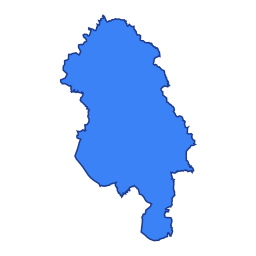 Chinicuila, Michoacán, Mexico
{"feature_id": "50627088B20699508066130", "entity_name": "Chinicuila", "entity_type": "district", "adm_level": 2, "iso_a3": "MEX", "parent_name": "Mexico", "parent_adm1": "Michoacán", "projection": "robinson", "projection_center": [-103.39, 18.747], "detail": "fine", "context": "isolated", "style": "filled", "palette": "blue", "viewbox_px": 256, "rotation_deg": 0, "n_neighbors": 0, "source": "geoboundaries", "source_scale": "gbopen_adm2", "svg_char_len": 5770}
<svg xmlns="http://www.w3.org/2000/svg" viewBox="0 0 256 256"><path d="M63.2,70.1L67.2,74.0L65.2,78.1L60.7,79.9L60.7,81.5L61.1,82.4L61.9,82.9L62.2,83.7L65.2,83.7L69.5,86.1L70.3,85.7L71.1,86.4L71.9,86.0L71.2,86.7L70.9,87.6L70.9,88.9L71.4,89.8L71.4,91.2L71.1,91.5L71.7,92.2L73.0,91.4L73.5,91.7L73.9,90.1L74.6,89.3L74.3,90.4L74.5,90.5L74.7,91.9L74.9,92.1L76.1,91.9L76.2,92.4L76.9,92.2L77.7,91.0L78.2,92.3L81.1,92.9L81.8,93.3L82.3,93.3L81.9,92.6L82.0,92.1L82.7,92.6L83.2,93.7L82.2,96.7L80.8,97.8L80.7,99.6L80.2,100.0L81.3,101.8L82.7,102.6L83.3,103.6L84.8,104.6L85.5,106.2L87.2,106.8L87.4,107.6L86.8,108.4L86.9,109.0L88.1,108.9L89.3,110.0L89.0,110.9L88.3,111.1L88.3,113.6L88.6,114.7L87.9,115.6L87.9,116.5L89.1,119.6L88.8,122.3L87.1,124.3L86.3,124.9L85.0,124.7L84.8,125.3L85.3,127.5L85.0,128.7L85.3,130.0L86.3,130.7L85.5,130.4L84.4,131.0L84.1,130.4L82.9,129.8L81.0,131.2L79.1,131.6L77.3,131.2L78.2,133.1L78.3,134.2L78.0,135.3L77.0,135.4L76.9,137.2L77.3,138.0L80.8,139.3L79.6,141.5L77.7,148.5L75.2,155.4L75.0,156.1L76.2,158.7L82.4,166.3L88.4,175.3L91.0,178.1L94.2,180.6L98.9,183.6L100.2,186.3L101.6,185.4L103.2,186.1L105.9,186.1L106.2,185.7L109.4,185.2L110.3,184.2L116.0,182.5L115.5,183.4L115.3,185.5L116.6,187.1L116.6,187.8L117.4,188.0L117.3,190.3L118.6,193.2L119.6,193.1L120.5,195.5L121.5,195.7L121.7,196.9L122.6,195.9L122.3,195.3L122.4,194.6L123.7,194.5L123.4,193.1L123.9,193.4L124.8,193.3L125.6,193.8L125.5,192.6L125.9,191.8L126.8,192.4L127.5,192.0L127.1,191.0L127.4,190.2L128.6,190.0L128.9,190.6L129.7,190.6L129.6,189.5L129.0,188.4L129.6,187.5L130.5,187.3L132.4,186.2L132.9,186.6L133.3,186.1L134.4,185.6L135.2,186.8L136.2,187.1L137.2,188.6L138.4,189.3L139.3,192.9L139.4,194.1L141.5,194.7L142.6,195.7L144.0,197.4L145.5,200.3L146.8,201.7L151.5,203.8L151.1,204.2L150.6,206.4L146.0,210.1L145.2,213.8L144.8,214.3L143.7,214.0L143.2,214.3L142.6,216.2L141.9,217.4L142.4,218.5L142.4,221.8L141.2,232.0L145.0,235.0L147.7,237.6L150.2,239.2L154.0,240.6L158.9,240.2L160.0,238.9L160.8,239.0L161.7,238.4L163.7,238.1L165.8,236.7L166.1,236.9L167.4,236.5L167.5,233.5L168.2,232.6L168.6,232.8L168.7,233.8L169.4,234.1L170.0,236.0L170.9,236.0L170.8,235.3L171.2,235.0L172.5,231.6L172.4,230.5L171.8,229.6L172.1,229.2L172.0,227.6L171.2,227.3L171.2,225.6L170.8,225.3L171.8,221.7L171.9,220.1L170.9,217.7L165.7,217.5L164.9,217.1L164.9,215.9L164.3,214.6L165.5,212.5L165.1,212.4L165.1,211.8L168.5,211.7L168.8,209.7L165.9,209.8L165.5,209.2L167.3,207.6L169.9,206.6L170.8,206.8L171.1,205.8L171.8,205.4L172.1,204.6L171.7,203.2L172.2,200.3L171.9,199.0L172.9,197.0L174.6,195.4L174.3,195.2L174.7,194.3L174.3,193.0L174.6,192.3L174.2,190.9L173.9,190.8L173.4,188.4L173.7,188.0L173.4,187.5L173.9,184.0L173.6,182.8L174.0,181.9L173.3,181.0L173.8,180.7L173.6,179.9L174.0,179.6L173.3,179.4L172.4,178.4L171.9,178.6L172.2,177.8L172.0,176.6L171.3,174.7L171.4,173.4L171.0,172.4L174.9,173.1L175.7,172.8L177.2,171.0L177.6,171.6L178.0,171.2L181.3,171.0L181.9,170.5L183.4,171.0L184.2,170.3L185.4,170.1L186.0,170.6L186.6,170.2L188.0,171.6L191.1,170.6L191.4,171.7L191.9,171.6L192.2,172.2L192.5,171.3L193.6,170.7L192.8,168.2L192.5,168.2L191.8,167.2L191.2,167.2L191.2,166.8L190.6,166.5L189.9,167.1L189.8,166.6L190.3,166.1L189.6,166.2L189.7,165.7L189.2,164.6L188.3,164.0L188.6,163.6L187.7,161.1L186.3,160.4L186.4,157.7L186.0,156.6L186.3,155.5L186.3,151.3L189.1,148.1L189.7,147.9L191.0,145.5L193.2,145.4L195.3,144.4L193.8,143.5L194.6,142.3L194.6,140.4L193.3,140.1L191.6,137.4L192.0,136.9L191.7,136.4L192.2,134.6L191.0,133.6L189.6,134.2L187.3,133.4L187.5,128.0L188.0,127.3L187.1,127.7L185.4,127.3L184.5,124.0L184.7,122.7L185.1,122.3L185.0,121.5L184.6,120.9L183.6,120.9L183.5,120.5L182.7,120.1L183.0,119.3L182.3,117.3L180.8,116.2L179.9,116.0L179.0,116.1L178.3,116.8L176.3,116.4L174.8,113.3L173.3,111.4L174.2,110.6L174.4,109.7L173.9,107.9L173.1,106.6L172.0,106.1L170.6,104.4L169.5,104.2L168.1,102.4L166.8,102.3L166.8,100.0L166.4,99.3L166.7,98.1L162.8,95.0L162.7,91.8L162.2,91.9L161.1,89.9L161.0,88.8L163.1,86.6L163.7,86.7L164.4,85.9L167.6,86.7L167.7,86.0L168.2,86.2L168.4,85.7L169.0,85.6L168.1,85.0L168.7,84.6L167.6,83.6L168.5,82.9L167.8,81.6L168.0,81.3L167.2,80.9L167.4,80.4L166.4,78.9L166.6,77.9L165.8,77.3L165.8,76.5L165.3,75.6L165.4,75.2L164.8,74.6L164.3,71.3L163.8,70.4L162.2,70.1L159.1,66.8L158.2,67.0L157.5,66.7L156.6,65.0L155.4,64.5L154.6,65.1L153.5,64.2L153.4,62.8L154.0,61.5L154.0,59.6L154.4,58.5L154.8,58.5L155.6,57.5L158.0,56.7L158.6,56.0L159.9,56.5L159.9,55.9L159.4,55.4L159.8,54.6L159.4,53.5L159.5,52.2L158.4,50.7L158.1,49.3L156.9,47.8L155.8,48.2L155.4,47.2L154.7,47.4L154.1,46.7L153.4,46.5L153.3,45.9L152.2,45.4L152.0,44.0L151.3,43.3L150.6,43.9L149.5,42.7L148.9,43.1L148.4,42.6L146.9,42.8L144.7,42.2L143.3,40.8L140.8,40.5L140.3,40.1L140.0,38.9L140.5,38.2L140.5,35.7L139.1,34.8L137.6,35.2L137.4,35.0L136.2,33.0L136.3,31.9L135.6,30.9L134.8,30.6L134.9,29.8L134.1,29.2L133.9,26.3L132.3,26.7L130.7,25.8L129.3,24.4L128.0,26.0L127.5,26.1L126.9,25.0L126.7,23.7L125.6,22.8L126.2,21.2L125.8,21.0L125.0,21.3L124.4,19.9L121.6,20.0L119.2,19.1L118.5,19.0L117.5,19.4L115.5,18.8L114.0,19.6L112.1,19.7L110.4,21.1L109.1,20.8L108.1,21.8L106.9,21.8L105.5,19.4L104.8,17.3L103.5,15.6L103.0,15.4L102.6,16.3L103.6,16.8L103.3,18.1L101.1,18.6L100.7,19.4L100.9,20.4L100.5,20.8L98.7,20.6L99.6,22.6L99.4,24.9L99.0,25.1L97.2,24.3L97.6,25.9L96.7,27.4L96.7,28.7L95.7,30.4L94.5,30.5L93.1,29.4L88.7,28.0L88.6,28.7L89.1,29.7L90.5,30.0L91.0,30.7L89.6,35.1L88.1,36.0L87.0,34.5L84.4,34.2L83.2,35.0L83.2,35.6L84.1,37.5L84.9,37.9L86.3,39.5L86.5,41.2L86.1,41.7L84.5,42.1L82.8,44.8L81.3,44.4L78.7,44.9L78.5,46.0L78.7,47.7L80.8,51.6L80.4,52.0L79.4,54.8L78.9,54.9L76.4,53.0L75.6,52.9L72.0,53.7L71.2,54.5L68.9,54.3L68.5,55.5L68.6,57.1L68.3,59.2L67.4,60.0L65.4,60.3L64.6,60.8L64.7,64.5L63.3,66.4L63.2,70.1Z" fill="#3b82f6" stroke="#1e3a8a" stroke-width="1.5"/></svg>